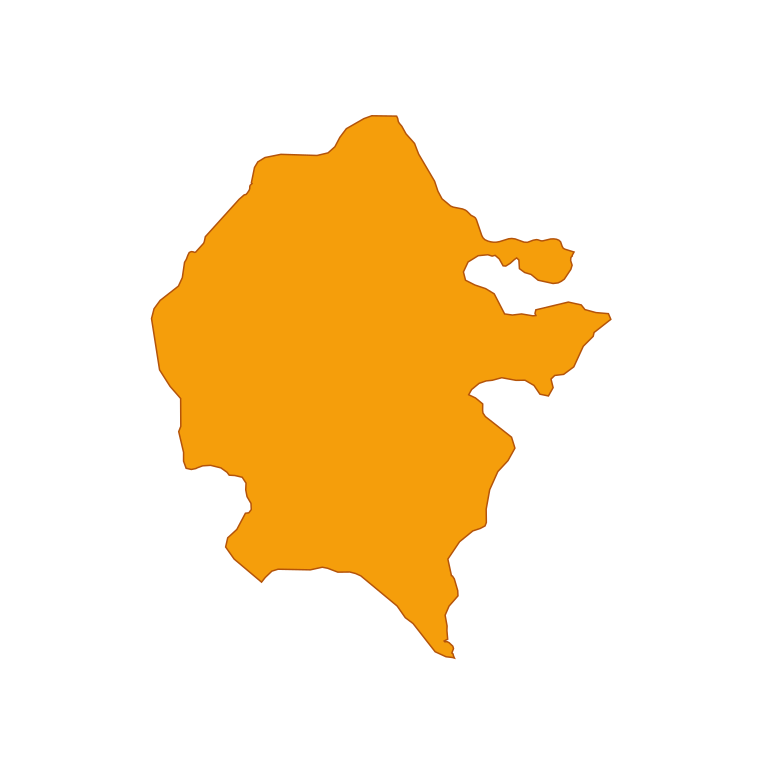 East Azarbaijan, Albers equal-area conic projection, rotated 47°
{"feature_id": "IRN-3238", "entity_name": "East Azarbaijan", "entity_type": "Province", "adm_level": 1, "iso_a3": "IRN", "parent_name": "Iran", "parent_adm1": "", "projection": "albers", "projection_center": [46.749, 37.961], "detail": "fine", "context": "isolated", "style": "filled", "palette": "amber", "viewbox_px": 768, "rotation_deg": 47, "n_neighbors": 0, "source": "natural_earth", "source_scale": "10m", "svg_char_len": 3038}
<svg xmlns="http://www.w3.org/2000/svg" viewBox="0 0 768 768"><g transform="rotate(47 384 384)"><path d="M324.9,203.9L326.9,204.4L342.0,211.2L344.6,211.9L347.3,211.8L350.4,210.5L352.8,209.0L355.0,207.2L357.0,205.0L358.7,202.3L362.8,193.8L364.7,191.3L367.4,189.1L375.8,184.8L378.2,182.5L380.6,176.8L382.4,174.0L383.5,173.1L385.9,171.8L387.1,170.9L387.9,169.7L391.6,163.2L393.6,160.9L395.8,159.1L398.2,158.0L400.5,157.9L404.5,159.7L406.7,160.3L408.5,159.9L417.1,155.0L418.3,158.7L418.8,159.0L418.9,161.0L421.0,163.3L425.4,165.4L427.6,169.2L430.3,180.6L429.8,184.3L428.8,187.7L425.8,191.8L413.2,200.5L404.2,201.7L398.4,205.1L392.0,206.3L385.3,200.8L382.3,201.0L381.9,203.9L381.8,209.3L380.8,214.5L378.8,216.3L371.1,214.4L365.7,215.0L364.2,217.7L360.3,219.9L354.4,227.6L352.1,239.3L356.2,249.5L363.7,253.6L373.6,250.0L383.6,244.6L393.2,241.9L415.0,248.0L421.1,243.1L426.6,235.6L435.7,228.6L437.5,226.2L435.3,225.4L433.3,222.4L449.8,193.3L460.7,185.8L466.6,186.3L476.3,180.3L485.6,171.9L491.4,174.0L489.6,195.2L491.8,198.5L492.3,212.5L500.9,233.5L499.5,246.0L494.2,253.3L494.3,258.5L502.0,262.8L504.9,271.9L497.8,276.9L487.3,275.3L477.4,278.3L471.3,285.0L459.7,293.6L455.1,302.3L451.4,307.2L448.4,314.0L447.8,323.6L449.6,329.4L456.6,326.6L465.9,325.4L470.6,329.9L472.7,331.4L476.9,332.1L509.9,327.0L520.2,332.0L524.6,345.6L525.7,360.5L533.4,378.8L545.2,394.6L555.1,403.6L556.7,406.9L555.3,412.1L552.0,419.3L550.9,436.3L555.6,456.7L570.2,465.4L571.1,464.9L574.5,465.5L585.4,471.0L589.4,474.4L590.8,487.9L594.8,497.0L604.0,502.9L607.2,506.1L614.1,511.5L613.7,512.5L613.0,515.3L614.1,515.3L615.4,513.6L617.6,512.8L622.7,512.5L624.9,513.6L627.0,517.8L628.4,517.6L630.5,518.7L632.5,519.4L630.8,520.4L625.7,524.7L614.7,529.2L579.0,526.1L569.4,527.8L555.3,525.8L508.5,531.8L503.3,534.0L498.2,537.2L490.1,546.1L480.3,550.9L475.9,554.1L469.7,564.6L447.2,587.8L444.4,593.6L444.5,602.7L445.4,608.7L409.8,613.0L395.2,611.0L389.9,603.2L390.0,590.8L384.0,573.5L386.0,570.7L385.3,566.7L380.6,562.7L373.0,561.0L367.1,557.3L362.4,552.5L355.5,551.3L349.2,555.5L345.1,559.4L341.5,559.0L334.1,560.5L325.2,566.3L320.2,572.4L318.0,577.6L317.5,579.3L315.1,583.2L310.7,586.2L303.7,583.2L297.3,577.2L278.8,566.6L276.4,561.5L255.9,542.6L239.9,542.1L220.6,538.5L177.6,509.4L172.1,500.8L170.2,490.7L172.2,467.6L168.7,459.0L159.0,446.9L158.0,443.5L156.1,439.7L155.0,436.8L155.7,434.7L157.1,433.5L158.5,432.8L159.1,431.8L158.1,420.5L158.0,419.8L157.3,418.3L154.4,414.2L150.1,363.8L150.3,357.5L150.7,356.6L151.3,355.7L151.1,353.7L150.3,350.3L149.4,348.8L148.2,347.7L147.4,346.4L147.4,343.8L146.4,343.8L137.3,331.0L135.5,324.7L137.2,316.6L145.7,302.8L171.2,277.1L176.8,267.3L177.0,258.1L173.5,248.1L171.6,237.4L176.2,217.7L179.5,210.0L195.8,193.0L196.7,192.1L199.0,192.8L201.9,194.6L202.6,194.7L203.7,195.0L207.7,195.2L216.0,197.3L228.9,197.6L236.3,200.6L239.6,201.9L270.2,208.7L279.8,213.1L288.2,215.3L289.6,215.1L299.3,213.9L301.9,212.7L309.5,207.2L312.3,205.9L314.2,205.5L319.9,205.3L323.4,204.1L324.9,203.9Z" fill="#f59e0b" stroke="#b45309" stroke-width="1.5"/></g></svg>